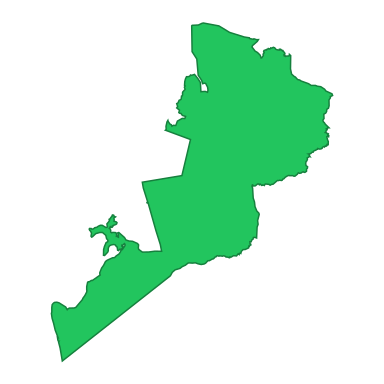 outline of Turbana, Bolívar, Colombia
{"feature_id": "7082276B59918479254924", "entity_name": "Turbana", "entity_type": "district", "adm_level": 2, "iso_a3": "COL", "parent_name": "Colombia", "parent_adm1": "Bolívar", "projection": "albers", "projection_center": [-75.462, 10.204], "detail": "fine", "context": "isolated", "style": "filled", "palette": "green", "viewbox_px": 384, "rotation_deg": 0, "n_neighbors": 0, "source": "geoboundaries", "source_scale": "gbopen_adm2", "svg_char_len": 5965}
<svg xmlns="http://www.w3.org/2000/svg" viewBox="0 0 384 384"><path d="M332.0,93.8L325.9,91.0L324.6,89.2L320.8,86.7L317.3,86.2L315.4,85.4L311.1,85.4L308.6,83.7L301.1,81.0L299.7,80.0L297.8,79.6L296.8,78.7L295.4,77.0L294.5,76.7L291.6,74.1L290.5,69.0L290.7,55.6L289.4,54.4L289.3,55.7L288.5,56.0L286.1,56.1L285.7,56.4L285.1,55.7L284.6,56.0L284.1,55.8L284.0,54.5L284.8,54.1L284.9,53.3L282.8,50.5L282.4,50.9L280.6,49.2L279.5,49.2L279.6,50.1L277.6,49.9L275.8,49.3L274.7,47.8L273.4,47.3L271.5,48.1L270.7,47.9L270.5,48.5L269.6,49.0L268.3,48.5L268.1,48.9L266.9,49.3L266.6,49.9L266.2,49.7L264.0,50.5L263.6,51.7L264.2,52.6L263.1,54.2L263.3,55.6L261.8,57.8L261.1,58.0L260.2,55.2L257.5,52.5L255.1,51.1L252.0,47.0L252.5,45.6L257.3,41.4L258.4,39.6L256.7,39.7L253.9,38.8L253.4,39.3L249.6,38.5L249.4,37.8L244.3,37.0L229.6,32.4L218.9,25.9L203.4,23.0L202.0,23.3L198.4,25.0L192.2,25.3L191.7,25.8L192.1,51.7L196.8,59.0L198.2,75.2L201.6,80.3L202.7,83.7L204.6,83.1L205.7,83.5L207.6,87.2L208.0,90.1L207.5,92.3L205.2,91.4L200.9,91.7L200.4,82.5L197.9,78.6L194.5,74.4L191.7,75.3L190.5,75.0L189.6,76.3L188.0,76.7L186.5,76.7L185.5,78.8L184.8,81.4L184.5,85.4L185.2,86.0L184.5,86.9L184.4,87.5L185.1,89.0L185.0,89.5L182.8,91.9L182.5,92.9L182.6,94.9L182.0,96.0L181.5,96.1L181.2,99.0L180.7,99.6L179.1,100.3L178.0,102.9L176.7,103.6L177.7,106.6L176.7,107.9L179.5,110.2L178.8,112.6L179.6,113.2L181.1,113.5L181.8,114.8L182.8,115.6L185.6,116.4L184.8,118.5L182.2,118.4L177.4,121.1L175.8,125.5L173.4,125.3L171.9,126.2L171.3,124.7L170.0,124.1L168.1,121.3L167.9,120.4L167.0,121.9L166.0,126.3L166.2,129.6L165.4,130.2L190.5,139.5L181.9,175.6L142.3,182.2L143.3,188.0L147.8,202.3L147.0,202.5L147.2,203.0L148.1,202.9L156.0,230.8L160.3,244.5L161.6,251.3L154.8,251.2L148.7,252.0L142.4,252.1L138.7,249.4L138.3,247.8L138.6,244.9L137.5,243.5L132.6,241.3L128.9,241.0L125.9,239.9L124.5,237.5L118.8,232.5L117.7,232.9L118.4,234.8L118.4,237.3L118.1,237.2L117.9,235.9L117.1,236.4L115.6,236.4L116.2,236.3L116.8,235.5L116.1,233.0L115.6,232.6L114.3,232.5L112.6,232.4L111.8,232.8L110.7,232.2L110.7,230.2L110.1,228.9L109.3,228.4L110.3,226.7L110.8,226.5L110.8,227.4L112.1,227.3L113.0,226.2L112.9,225.6L116.0,224.4L116.7,223.8L117.0,222.6L116.1,221.8L114.0,221.2L114.2,219.8L113.8,218.1L115.5,216.9L114.2,216.4L113.7,215.2L112.7,214.9L112.1,215.3L112.1,216.3L111.1,217.1L110.0,218.8L109.1,219.3L109.5,220.1L108.9,221.5L106.9,223.9L107.3,226.5L107.0,227.3L106.0,227.5L102.2,225.3L100.3,225.3L98.3,226.2L97.0,227.2L94.8,227.7L93.5,228.8L92.0,229.2L91.2,228.5L89.5,228.5L89.2,229.1L89.7,230.4L90.5,231.1L91.5,233.1L91.0,236.2L91.6,237.1L92.4,236.8L95.8,233.6L99.8,232.5L102.5,232.5L105.8,235.3L106.6,238.8L107.5,239.6L108.0,240.9L107.7,241.7L106.1,242.6L104.4,246.6L103.6,249.6L103.5,255.3L104.6,255.5L107.7,252.2L108.3,250.7L108.2,249.0L108.6,247.3L109.5,245.8L111.4,244.9L113.8,244.5L115.4,245.0L116.3,246.5L117.2,247.1L117.6,250.2L118.6,250.6L119.7,249.2L121.0,249.2L122.2,248.5L122.9,247.0L122.8,246.3L121.9,246.2L121.8,245.2L122.7,245.2L124.4,243.6L125.0,244.3L125.0,245.6L122.4,249.5L120.8,250.6L120.5,251.8L119.0,254.0L116.1,256.0L114.6,257.6L112.5,257.8L107.2,260.2L105.5,261.5L103.6,265.3L101.6,268.1L99.8,272.6L99.8,274.1L100.2,275.0L92.3,280.5L91.4,280.4L89.4,281.7L88.2,281.8L87.6,282.3L86.7,286.6L86.7,289.9L86.9,290.1L86.7,292.0L84.9,295.5L83.0,298.1L82.3,299.7L75.8,307.4L74.1,308.0L69.3,308.1L68.0,308.8L67.2,309.7L65.7,307.0L59.0,302.8L56.8,302.2L54.6,302.4L53.5,303.1L52.2,304.6L51.8,307.5L51.8,312.1L51.4,313.4L52.1,318.3L53.6,323.3L55.2,330.1L58.0,337.4L57.4,337.1L57.9,340.2L58.4,341.1L59.0,341.2L58.5,341.8L60.1,348.0L62.3,361.0L170.4,275.8L172.3,272.3L175.2,269.8L180.0,268.4L182.3,266.6L185.4,265.2L187.9,263.2L188.8,262.9L192.6,263.1L195.4,262.8L198.0,263.8L201.2,264.5L204.1,264.0L205.6,263.2L207.9,260.7L209.4,260.7L212.2,259.1L213.5,258.8L215.3,256.9L216.2,256.7L216.5,256.1L217.7,255.7L219.0,256.2L219.5,255.8L222.7,256.2L223.3,255.8L224.2,255.9L225.6,256.5L225.9,257.0L227.6,257.1L229.4,257.8L229.9,257.6L230.0,256.8L231.1,257.1L233.5,255.7L236.6,255.9L237.5,254.6L238.2,254.4L238.2,253.9L238.9,253.9L239.2,254.3L239.4,253.4L240.3,253.2L240.8,253.5L241.4,251.3L243.1,249.6L245.2,249.5L248.6,247.9L248.9,246.1L249.4,246.3L250.0,245.2L250.8,245.0L250.8,244.2L250.0,243.7L249.9,241.7L251.1,241.8L252.0,239.7L253.0,239.2L253.4,237.5L255.0,237.4L256.6,238.0L257.1,227.1L258.1,224.3L257.6,220.6L259.2,214.5L258.9,213.2L256.8,211.0L255.0,206.6L254.5,202.0L253.2,198.0L252.6,188.1L252.0,186.2L252.4,184.9L252.8,185.0L252.9,185.9L253.8,186.0L255.4,185.8L257.4,184.1L258.1,183.9L258.7,184.1L259.3,184.8L259.8,184.2L260.4,184.1L261.5,185.4L262.4,185.3L262.8,184.9L264.4,185.5L264.8,184.4L265.6,184.0L269.1,184.4L270.1,185.2L271.6,184.4L273.1,184.2L277.4,180.5L278.6,180.6L279.6,180.2L281.5,180.5L282.2,180.2L282.7,179.2L283.7,178.9L285.3,177.2L287.6,175.8L289.0,175.4L289.7,175.7L292.6,175.6L293.9,176.2L294.9,176.2L297.4,174.2L298.3,172.8L299.5,173.3L301.2,173.0L302.0,172.3L303.2,171.8L304.0,172.3L304.9,172.4L306.5,171.3L306.6,168.9L307.4,168.2L307.6,166.7L306.0,165.6L305.7,163.3L306.1,161.5L306.8,160.9L307.4,159.4L307.2,157.9L308.9,157.0L309.3,156.1L309.9,156.4L309.2,155.1L309.4,154.7L309.3,154.3L308.6,154.0L310.7,153.6L312.0,152.3L313.2,152.1L313.2,151.5L314.5,150.6L315.9,150.2L316.4,149.5L317.6,149.3L317.8,148.5L319.6,149.1L321.0,148.9L322.1,148.4L322.3,147.5L323.4,146.8L324.1,146.5L324.4,146.9L324.7,146.4L325.6,146.4L325.8,145.9L326.3,146.1L327.0,145.6L326.7,145.1L327.1,144.3L328.2,144.6L328.3,141.5L327.6,140.0L326.8,136.7L327.7,136.0L328.6,136.7L328.8,135.7L328.4,134.9L327.8,134.8L327.5,134.1L328.0,133.6L326.4,133.1L326.1,132.4L325.3,132.4L326.0,131.4L326.6,129.1L326.4,128.8L326.8,128.7L327.2,129.2L327.5,127.9L329.0,127.8L325.3,124.2L324.3,122.6L323.5,122.0L322.9,120.5L323.2,119.6L324.0,118.6L323.8,114.2L325.7,113.1L326.6,111.5L326.7,109.9L327.2,108.9L328.4,108.3L329.1,105.8L329.0,100.0L330.4,97.8L330.3,96.6L332.6,95.5L332.0,93.8Z" fill="#22c55e" stroke="#15803d" stroke-width="1.5"/></svg>